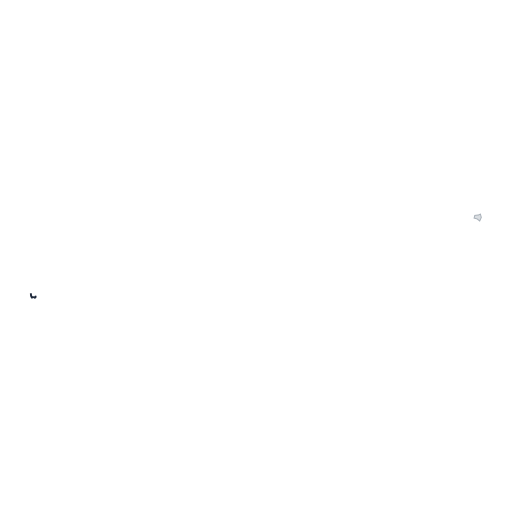 where Cocos (Keeling) Islands sits in Indian Ocean Territories
{"feature_id": "IOA-1928", "entity_name": "Cocos (Keeling) Islands", "entity_type": "Province", "adm_level": 1, "iso_a3": "IOA", "parent_name": "Indian Ocean Territories", "parent_adm1": "", "projection": "albers", "projection_center": [96.87, -12.163], "detail": "fine", "context": "in_parent", "style": "filled", "palette": "slate", "viewbox_px": 512, "rotation_deg": 0, "n_neighbors": 0, "source": "natural_earth", "source_scale": "10m", "svg_char_len": 877}
<svg xmlns="http://www.w3.org/2000/svg" viewBox="0 0 512 512"><path d="M481.3,217.4L479.7,221.0L477.1,218.9L474.1,218.1L474.8,215.4L477.3,215.1L478.5,215.0L480.4,214.1L481.3,217.4ZM31.7,296.9L32.2,297.2L33.0,296.9L33.3,297.2L32.1,297.7L31.4,296.8L31.0,295.3L30.9,294.1L31.3,294.1L31.3,294.6L31.4,295.0L31.6,295.8L31.4,296.4L31.7,296.9ZM35.6,297.6L35.0,297.9L34.5,297.6L34.4,297.5L34.3,297.2L34.9,297.2L35.3,296.9L35.6,296.5L35.7,295.9L35.9,296.5L35.9,297.1L35.6,297.6Z" fill="#d9dde1" stroke="#a8b0b8" stroke-width="1"/><path d="M32.8,296.9L33.1,297.3L31.9,297.8L31.2,296.8L30.8,295.4L30.7,294.1L31.1,294.1L31.1,294.6L31.1,295.0L31.4,295.9L31.2,296.4L31.5,297.0L32.0,297.2L32.8,296.9ZM34.8,297.9L34.3,297.7L34.1,297.5L34.1,297.2L34.7,297.2L35.1,297.0L35.4,296.5L35.5,295.9L35.7,296.5L35.7,297.1L35.4,297.6L34.8,297.9Z" fill="#64748b" stroke="#1e293b" stroke-width="1.5"/></svg>